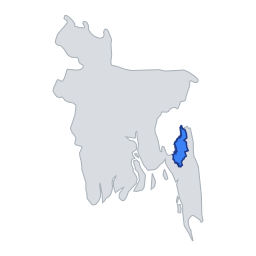 location of Khagrachhari, Chittagong, Bangladesh
{"feature_id": "16705992B35326431749719", "entity_name": "Khagrachhari", "entity_type": "district", "adm_level": 2, "iso_a3": "BGD", "parent_name": "Bangladesh", "parent_adm1": "Chittagong", "projection": "natural_earth1", "projection_center": [91.852, 23.211], "detail": "fine", "context": "in_parent", "style": "filled", "palette": "blue", "viewbox_px": 256, "rotation_deg": 0, "n_neighbors": 0, "source": "geoboundaries", "source_scale": "gbopen_adm2", "svg_char_len": 7786}
<svg xmlns="http://www.w3.org/2000/svg" viewBox="0 0 256 256"><path d="M85.9,189.9L85.9,182.8L81.7,168.9L81.9,167.4L81.1,160.7L80.0,157.0L79.5,153.0L82.1,147.3L81.1,146.4L75.4,144.7L74.8,143.2L76.0,137.6L72.0,132.3L70.4,128.3L74.8,115.5L76.0,106.6L75.7,104.9L73.0,102.9L68.4,102.1L65.1,100.4L63.1,97.9L61.5,96.9L59.5,97.7L56.9,96.7L54.8,94.2L53.0,91.1L53.7,87.8L57.2,80.0L58.4,79.7L61.4,81.2L62.5,81.2L64.4,78.1L67.2,69.3L76.7,70.1L78.9,69.8L81.3,69.1L82.6,67.9L83.3,66.5L83.1,65.3L80.2,63.6L79.1,62.4L78.3,58.9L77.4,57.5L71.7,57.3L68.8,55.7L67.2,54.2L64.3,49.4L60.8,45.8L57.4,45.0L56.1,43.8L55.3,42.0L55.8,39.4L57.6,34.2L67.0,23.2L67.3,22.0L66.9,20.6L64.2,18.8L64.0,18.0L64.8,15.6L66.4,15.4L69.6,17.5L72.9,20.9L74.8,23.9L74.9,26.3L77.4,26.8L79.5,27.8L81.8,27.5L83.2,28.1L84.2,27.9L84.5,26.5L82.7,23.0L83.6,21.6L85.8,21.6L87.3,23.0L88.4,25.6L88.6,29.8L91.1,33.5L94.4,36.2L97.0,37.4L100.2,38.3L102.9,37.4L104.2,34.8L103.6,32.5L104.1,30.4L105.2,29.2L106.8,29.3L108.1,31.0L111.7,39.9L110.9,43.9L111.7,54.8L110.8,62.0L111.3,64.7L111.9,65.2L117.5,66.6L125.5,69.4L131.6,70.5L159.3,69.7L165.4,71.1L183.9,70.0L188.9,72.3L194.4,76.0L197.5,78.8L198.1,80.4L197.7,81.8L196.7,82.5L194.8,82.5L190.5,80.7L189.7,81.3L189.7,85.6L186.1,96.4L185.6,99.7L184.4,101.0L180.7,101.7L178.3,108.0L177.3,108.8L174.9,107.4L173.4,107.6L171.5,108.2L169.6,109.7L168.3,111.5L166.9,112.1L161.7,112.0L160.7,114.9L157.3,118.7L154.9,128.8L155.1,131.9L158.0,140.0L160.0,150.5L160.7,151.6L161.7,151.7L161.8,146.9L162.7,146.3L163.9,146.8L166.4,153.3L167.7,154.9L169.9,155.4L172.4,154.4L174.2,152.5L174.9,150.5L174.3,143.4L175.5,140.5L179.7,136.2L180.3,134.9L180.0,127.9L181.6,127.6L183.7,128.2L186.4,126.5L187.3,126.5L188.4,128.3L190.3,128.0L193.2,142.0L193.4,151.9L194.1,157.4L195.2,158.6L198.4,166.8L201.4,195.9L201.8,214.3L203.0,220.6L202.0,222.0L201.0,222.2L200.0,220.0L193.2,215.4L191.5,215.8L189.1,218.5L188.2,221.1L188.6,224.6L189.4,228.1L191.0,230.1L191.1,232.3L193.0,240.6L192.4,240.6L188.7,233.1L184.2,225.7L182.7,212.4L182.6,205.8L179.5,198.1L176.6,184.6L177.9,179.9L175.7,182.0L172.3,173.9L167.0,166.0L165.4,162.5L165.3,159.1L163.0,162.5L159.9,164.9L156.7,168.5L154.6,169.6L147.9,170.3L144.0,165.4L138.4,153.6L137.7,150.9L138.5,143.9L137.2,137.4L136.8,131.5L135.8,132.1L135.4,133.7L135.6,136.1L135.2,138.2L125.9,136.8L129.8,140.3L134.1,141.1L136.3,144.2L136.5,149.4L132.2,152.5L132.6,155.1L135.0,158.3L132.1,159.2L131.3,161.3L131.2,164.3L133.3,168.8L132.9,170.6L136.4,176.6L137.1,179.4L136.2,183.5L128.5,191.7L126.3,197.5L124.4,200.2L122.1,200.7L119.2,197.9L119.2,195.1L119.8,192.9L123.8,187.4L121.6,188.2L115.4,192.7L114.2,189.0L113.5,185.7L113.5,181.5L116.5,175.4L113.1,178.4L112.1,182.3L112.5,186.8L112.1,190.0L110.7,194.2L108.9,196.7L106.0,198.3L104.7,200.8L102.7,202.6L102.1,194.2L100.0,182.8L99.6,185.2L100.6,192.3L100.5,196.9L98.9,200.5L95.7,204.4L93.2,205.0L91.8,204.4L87.2,198.5L86.8,193.0L85.9,189.9ZM142.3,190.1L136.6,191.4L133.7,191.0L139.2,180.8L139.0,176.2L138.2,172.5L135.4,169.5L135.3,167.3L134.1,164.4L133.4,161.0L136.5,159.9L139.0,161.9L139.8,165.7L141.1,168.7L145.3,174.7L145.2,178.3L144.1,187.3L142.3,190.1ZM154.5,186.7L151.1,189.4L152.2,173.3L154.8,179.3L155.5,182.5L154.5,186.7ZM167.8,178.7L166.3,179.8L164.9,178.8L163.1,175.0L164.0,170.2L164.5,169.5L166.7,174.4L167.8,178.7ZM180.7,212.7L178.7,212.9L177.7,211.7L178.2,210.1L177.6,204.9L180.2,204.4L181.1,208.7L180.7,212.7ZM178.5,198.1L177.0,203.3L176.4,200.9L177.4,196.4L178.5,198.1ZM138.0,156.0L138.5,157.7L135.4,155.5L134.5,154.0L136.0,153.2L138.0,156.0Z" fill="#d9dde1" stroke="#a8b0b8" stroke-width="1"/><path d="M179.9,166.7L180.3,166.8L180.5,166.7L181.1,166.6L181.2,165.6L182.0,165.5L182.2,165.4L182.4,165.2L182.2,164.6L181.5,162.9L181.5,162.5L181.5,161.9L181.6,161.3L181.7,161.0L182.1,160.9L182.3,160.7L182.5,160.4L182.7,159.6L182.9,159.1L183.6,159.1L184.1,158.7L184.2,158.4L184.4,157.6L184.6,157.2L185.0,156.9L186.0,156.4L186.2,156.2L185.7,154.4L184.7,151.8L184.9,151.7L186.1,151.5L186.8,150.9L186.9,151.1L187.0,151.1L187.8,150.9L188.2,150.6L187.4,148.7L187.1,147.8L186.9,147.3L186.7,146.6L186.6,145.8L186.4,144.3L186.4,142.2L184.7,140.9L183.9,140.3L185.3,139.1L186.2,138.5L186.6,138.1L186.8,137.8L186.4,134.1L186.1,132.9L185.3,130.8L184.7,129.4L184.4,129.4L184.2,129.3L183.8,129.4L183.6,129.3L183.6,129.2L183.4,129.1L183.3,128.9L183.0,128.9L182.8,128.9L182.7,128.7L182.5,128.4L182.3,128.4L182.3,128.2L182.2,128.1L182.1,127.8L182.1,127.6L181.9,127.3L181.9,127.1L181.8,126.7L181.8,126.4L181.7,126.4L181.6,126.0L181.2,126.2L181.0,125.9L180.9,126.0L180.8,126.3L180.7,126.3L180.7,126.5L180.8,126.5L180.6,126.8L180.7,127.1L180.7,127.4L180.9,127.4L180.9,127.5L180.4,127.6L180.4,127.8L180.2,127.8L180.3,128.3L180.4,128.5L180.4,128.9L180.4,129.0L180.5,129.2L180.6,129.4L180.5,129.5L180.4,129.8L180.5,130.1L180.6,130.3L180.7,130.5L180.7,130.8L180.8,130.8L180.8,131.1L180.7,131.2L180.9,131.6L180.9,131.9L180.9,132.2L181.0,132.3L180.9,132.5L181.0,132.6L180.9,132.8L181.0,133.0L180.9,133.1L181.1,133.7L181.1,133.8L180.9,134.1L181.0,134.4L181.2,134.5L181.3,134.7L181.4,135.0L181.4,135.4L181.3,135.6L181.3,135.8L181.3,136.0L181.2,136.0L180.9,135.9L181.0,136.2L180.9,136.0L180.6,136.3L180.4,136.4L180.2,136.4L180.3,136.5L180.4,137.0L180.4,137.6L180.2,137.7L179.8,137.7L179.6,137.5L179.3,137.6L179.0,137.4L179.0,137.6L178.9,137.8L178.8,137.7L178.6,137.7L178.7,137.9L178.6,138.0L178.3,138.1L178.2,138.3L178.0,138.5L177.8,138.8L177.6,138.7L177.4,138.8L177.3,139.0L177.1,139.0L177.1,139.5L177.0,140.1L176.8,140.2L176.8,140.4L176.7,140.3L176.6,140.9L176.4,140.9L176.4,141.1L176.2,141.1L176.1,141.3L176.0,141.6L175.8,141.6L175.6,141.7L175.5,141.9L175.2,141.9L175.1,142.2L174.9,142.3L174.7,142.5L174.6,142.8L174.6,143.1L174.5,143.3L174.5,143.5L174.5,143.8L174.6,144.0L174.8,144.0L174.7,144.0L174.8,143.9L174.9,144.1L175.0,144.1L175.0,144.3L175.0,144.5L175.1,144.8L175.1,145.0L175.1,145.3L175.2,145.2L175.3,145.3L175.3,145.5L175.5,145.7L175.5,145.8L175.5,146.0L175.4,146.1L175.5,146.3L175.5,146.5L175.4,146.5L175.5,146.8L175.7,147.0L175.6,147.3L175.8,147.4L176.0,147.6L175.9,147.7L175.9,147.8L176.0,147.8L175.9,147.8L176.0,147.9L175.9,148.0L176.1,148.1L176.0,148.3L176.0,148.5L176.2,148.9L176.2,149.0L176.1,148.9L176.0,149.3L176.1,149.2L176.2,149.4L176.3,149.4L176.3,149.5L176.2,149.5L176.2,149.8L176.3,149.9L176.4,150.2L176.3,150.3L176.4,150.6L176.2,150.7L176.5,150.8L176.5,150.7L176.8,150.8L176.9,151.0L176.7,151.0L176.6,151.3L176.4,151.5L176.4,151.3L176.3,151.5L176.3,151.8L176.2,151.7L176.2,151.8L176.2,152.0L175.8,152.1L175.6,152.2L175.6,151.9L175.4,151.9L175.4,152.0L175.3,151.9L174.9,151.9L174.9,152.0L175.1,152.2L175.1,152.3L175.2,152.7L175.2,152.8L175.2,153.0L175.3,153.1L175.2,153.3L175.1,153.2L175.1,153.4L174.9,153.5L174.9,153.3L174.9,153.1L174.7,153.0L174.9,153.3L174.7,153.2L174.5,153.4L174.5,153.6L174.3,153.7L174.0,154.2L173.9,154.3L173.4,154.6L173.2,155.1L172.9,155.0L173.0,155.2L173.1,155.7L173.1,155.8L173.3,156.2L173.4,156.3L173.4,156.6L173.4,156.8L173.5,156.9L173.4,157.0L173.2,157.6L173.3,157.7L173.2,157.9L173.3,158.1L173.1,158.7L173.1,159.0L173.4,159.3L173.5,159.4L173.4,159.5L173.6,159.6L173.8,159.6L174.0,159.6L174.1,159.8L174.3,160.0L174.4,160.3L174.3,160.7L174.5,160.9L174.5,161.0L174.6,161.3L174.7,161.7L174.8,161.8L174.9,162.1L175.0,162.6L175.2,162.9L175.5,163.0L175.4,163.2L175.6,163.4L175.5,163.6L175.7,163.2L175.9,163.2L175.9,162.9L176.0,162.7L176.4,162.7L176.5,162.8L176.9,162.8L176.8,163.0L176.8,163.3L177.0,163.3L177.0,163.1L177.3,163.4L177.5,163.6L177.4,163.4L177.5,163.4L177.6,163.2L177.6,163.4L177.7,163.6L177.6,163.9L177.6,164.1L178.0,163.8L178.2,163.6L178.3,163.7L178.5,163.7L178.7,163.8L178.7,164.0L178.8,164.1L178.8,164.3L178.6,164.2L178.5,164.3L178.3,165.6L178.5,166.4L178.8,166.4L179.0,166.6L179.3,166.3L179.5,166.4L180.0,166.4L180.0,166.6L179.9,166.7Z" fill="#3b82f6" stroke="#1e3a8a" stroke-width="1.5"/></svg>